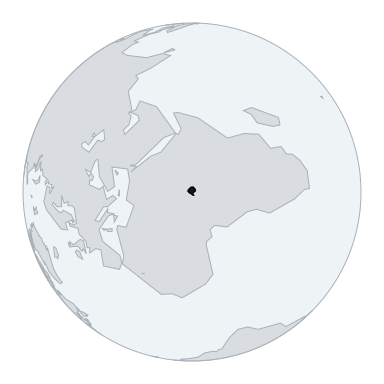 globe centered on Vakaga, rotated 264°
{"feature_id": "CAF-812", "entity_name": "Vakaga", "entity_type": "Prefecture", "adm_level": 1, "iso_a3": "CAF", "parent_name": "Central African Republic", "parent_adm1": "", "projection": "orthographic", "projection_center": [21.98, 9.792], "detail": "fine", "context": "on_globe", "style": "filled", "palette": "ink", "viewbox_px": 384, "rotation_deg": 264, "n_neighbors": 0, "source": "natural_earth", "source_scale": "10m", "svg_char_len": 9180}
<svg xmlns="http://www.w3.org/2000/svg" viewBox="0 0 384 384"><g transform="rotate(264 192 192)"><circle cx="192" cy="192" r="169" fill="#eef3f6" stroke="#a8b0b8"/><path d="M137.4,32.1L137.8,32.0L141.4,30.8L144.1,30.0L144.4,29.9L139.5,31.5L138.6,31.7L137.3,32.2L134.7,33.1L136.2,32.6L130.2,34.8L136.6,32.7L132.2,34.5L128.1,36.0L128.0,35.8L124.3,37.2L137.4,32.1ZM98.5,51.2L98.4,51.3L97.9,51.7L98.5,51.2ZM90.8,56.7L88.4,58.5L91.0,56.6L96.4,52.8L99.9,50.8L106.0,46.9L108.3,45.7L114.7,42.2L114.2,43.0L110.3,45.9L104.9,49.0L103.0,50.6L108.5,48.2L98.9,55.1L93.3,62.2L90.7,64.3L85.0,66.6L84.0,64.5L76.6,69.5L81.8,66.9L75.4,73.0L74.5,74.5L75.1,74.7L77.8,72.8L75.7,75.2L69.7,78.3L71.5,76.0L73.4,74.9L72.8,74.3L68.7,77.3L65.8,80.6L62.7,83.2L60.6,85.8L59.3,87.4L68.9,76.3L79.4,66.0L90.8,56.7ZM26.8,156.7L26.9,156.0L25.9,161.4L26.9,164.1L26.4,166.0L27.0,180.1L30.6,188.0L31.4,195.9L30.7,199.9L32.6,202.2L32.7,205.2L43.1,213.8L50.6,223.3L51.9,233.4L48.5,243.3L52.4,266.3L48.3,271.1L51.9,280.2L56.9,291.9L53.7,288.9L59.5,296.4L61.7,299.6L61.5,299.3L53.8,289.3L47.0,278.7L40.9,267.6L35.6,256.0L31.3,244.2L27.8,232.0L25.3,219.6L23.7,207.0L23.1,194.4L23.4,181.7L24.6,169.2L26.8,156.7ZM114.6,42.1L113.4,42.7L114.6,42.1ZM117.3,40.6L115.8,41.3L116.9,40.7L117.8,40.3L117.3,40.6ZM118.9,40.0L119.0,39.7L120.9,38.7L125.9,36.6L118.9,40.0ZM150.9,28.1L149.2,28.6L145.4,29.6L145.8,29.5L150.9,28.1ZM148.2,28.9L150.7,28.3L148.6,29.0L145.2,29.7L148.2,28.9ZM142.6,31.7L143.1,31.2L145.7,30.4L142.6,31.7ZM151.7,28.1L152.4,27.9L153.5,27.6L154.6,27.5L151.7,28.1ZM161.9,25.7L160.0,26.1L162.8,25.6L163.1,25.5L158.5,26.4L159.4,26.2L161.9,25.7ZM159.1,26.6L152.8,28.1L151.4,29.0L149.0,29.7L151.8,28.2L159.1,26.6ZM159.1,26.4L158.6,26.6L155.9,27.1L154.6,27.3L159.1,26.4ZM168.1,24.7L167.9,24.8L168.1,24.7ZM159.2,26.7L160.7,26.4L159.4,26.7L159.2,26.7ZM165.8,25.2L165.5,25.2L166.8,24.9L165.8,25.2ZM163.9,25.8L161.9,26.2L161.0,26.3L163.9,25.8ZM165.2,25.4L167.1,25.2L161.9,26.0L164.9,25.4L165.2,25.4ZM167.1,25.0L167.8,24.8L167.0,25.0L167.1,25.0ZM168.6,25.6L162.2,26.8L160.2,26.7L166.7,25.6L168.6,25.6ZM319.3,80.9L322.2,84.4L325.2,88.0L324.9,87.7L333.3,99.4L340.7,111.8L347.0,124.8L347.4,125.7L349.3,131.8L350.4,134.8L348.7,132.0L350.1,138.6L356.2,154.6L357.3,159.7L357.9,170.5L357.2,166.7L352.8,159.2L354.7,171.5L358.1,180.5L359.4,192.1L357.9,189.3L356.3,179.1L354.7,176.1L353.2,165.4L348.3,150.5L346.6,154.4L344.9,148.2L337.9,136.9L334.5,142.3L330.3,160.9L332.8,177.1L330.0,185.0L319.2,163.3L313.7,148.3L310.2,150.5L298.8,139.1L280.2,140.8L277.2,137.1L273.8,139.4L265.6,136.3L260.9,130.3L256.1,131.2L268.7,147.0L273.8,146.2L277.5,139.2L280.1,145.1L287.9,149.8L280.6,165.6L252.4,181.7L249.1,169.7L224.7,138.4L225.1,134.8L224.9,134.4L224.6,133.7L223.0,139.6L218.6,133.6L232.2,155.4L234.8,165.1L252.0,182.4L250.6,184.4L255.9,187.9L272.4,181.9L272.7,185.9L265.2,205.6L241.9,232.9L244.7,249.9L242.5,264.4L227.2,274.7L227.9,285.5L220.0,289.7L219.1,295.8L212.3,302.5L201.3,308.8L183.2,309.2L182.6,303.8L174.3,293.2L162.9,266.8L168.0,254.5L166.6,244.9L153.5,223.2L156.4,211.1L152.8,206.0L145.3,207.2L141.1,201.0L136.5,200.8L107.9,204.2L99.0,195.9L87.8,171.1L92.9,161.7L93.4,150.7L127.8,115.3L135.5,117.5L163.0,113.3L166.5,114.6L163.7,122.8L184.6,132.9L190.9,125.8L209.5,131.1L221.6,130.4L225.2,115.0L205.4,115.5L201.5,108.3L217.1,101.5L234.4,101.9L233.4,99.1L222.2,93.3L225.8,88.3L218.2,91.0L221.6,93.7L216.9,95.7L213.6,93.5L215.0,91.6L209.7,90.6L204.3,100.4L207.1,104.2L193.5,106.3L196.8,113.0L193.2,116.3L186.2,106.3L186.6,102.6L173.9,92.6L172.2,96.5L184.1,106.5L180.5,105.8L178.4,112.1L177.2,106.7L164.6,95.6L152.1,98.1L136.6,113.6L129.1,114.9L122.6,111.8L127.7,96.3L143.8,95.3L145.8,90.5L142.1,83.9L147.3,84.4L147.8,81.8L153.8,81.5L161.9,75.3L167.9,74.7L170.7,67.4L174.2,66.3L171.5,70.7L173.0,73.9L188.0,73.3L190.8,71.7L191.4,67.2L195.4,67.9L194.1,63.7L202.5,62.0L191.1,60.8L191.4,56.4L196.2,53.0L194.3,51.6L186.4,57.1L185.1,59.6L187.3,62.0L182.0,69.7L176.9,71.1L174.7,62.9L167.3,64.3L168.8,57.9L189.2,45.6L197.9,43.6L213.2,48.6L211.4,51.1L205.0,50.3L211.3,54.8L210.6,52.6L214.0,53.5L215.2,50.1L217.6,50.6L214.6,46.8L217.7,47.1L219.6,49.5L224.1,45.5L230.5,45.7L230.3,44.6L228.3,43.4L237.8,44.9L237.2,44.1L233.9,43.2L230.6,41.2L228.6,38.4L232.0,39.0L233.2,40.1L240.8,43.7L243.4,47.0L244.6,47.1L243.1,44.4L233.9,39.9L231.7,38.1L236.4,39.8L234.5,39.0L234.5,38.4L237.6,38.4L232.6,36.5L227.7,30.1L233.3,30.3L238.0,32.2L238.2,30.2L244.5,31.6L241.4,30.7L239.4,29.8L237.4,29.3L235.8,28.9L234.4,28.4L246.5,32.1L258.3,36.6L269.8,42.0L280.8,48.3L291.3,55.3L301.3,63.2L310.6,71.7L319.3,80.9ZM116.5,133.3L115.7,136.6L116.5,133.3ZM253.2,110.7L263.2,110.8L257.7,101.7L261.0,101.1L257.9,98.4L257.2,101.1L249.5,93.8L253.4,91.1L251.6,87.4L248.2,87.2L242.3,93.7L253.4,103.7L251.5,107.6L253.2,110.7ZM27.0,164.0L26.9,166.3L26.6,165.8L27.0,164.0ZM31.8,139.5L31.7,141.1L31.3,141.1L31.8,139.5ZM33.0,134.8L31.9,138.7L31.3,139.9L33.0,134.8ZM75.7,72.8L76.1,72.6L76.2,73.4L75.0,74.1L75.7,72.8ZM83.5,71.9L80.0,76.0L81.7,73.4L79.3,74.7L80.0,71.3L89.5,65.2L85.1,68.4L83.5,71.9ZM83.5,65.8L82.0,68.2L83.3,65.8L83.5,65.8ZM144.4,69.7L146.5,71.1L144.4,74.0L136.7,76.2L139.7,71.9L144.4,69.7ZM150.1,72.6L150.1,64.6L154.9,63.4L152.2,65.3L155.4,65.3L151.9,68.6L156.5,75.8L154.9,78.9L141.6,80.4L146.8,78.0L144.4,76.5L150.1,72.6ZM141.5,50.8L141.6,48.6L151.9,48.6L150.6,50.8L142.9,52.7L139.8,51.4L141.5,50.8ZM127.7,36.9L127.1,36.9L128.4,36.3L130.1,35.9L127.7,36.9ZM142.6,31.5L132.0,36.6L130.7,36.7L126.0,40.1L120.8,42.0L124.0,39.6L116.5,43.9L117.3,42.5L112.5,45.5L120.2,40.0L120.7,39.4L122.2,39.3L127.0,37.5L129.2,36.6L135.7,33.5L139.0,31.7L144.3,30.1L147.1,29.5L143.7,30.5L146.2,30.2L141.2,31.6L142.6,31.5ZM177.5,29.5L173.5,29.3L177.6,31.0L172.7,31.6L173.5,31.8L170.1,32.9L167.3,34.7L165.0,34.8L164.9,35.5L162.7,36.5L161.8,37.6L157.4,38.3L155.9,39.8L154.6,39.3L153.3,41.8L152.3,40.3L149.3,41.8L151.9,42.4L130.2,46.2L121.8,49.7L115.4,53.6L114.6,51.3L120.0,46.4L128.5,41.2L136.6,38.5L134.7,38.2L138.1,37.0L138.1,37.7L140.0,35.9L142.8,35.1L150.3,32.0L151.3,30.3L154.1,29.4L155.1,29.7L157.1,28.6L160.9,28.6L163.0,28.0L168.8,27.6L169.5,28.9L171.8,28.2L176.3,28.3L177.5,29.5ZM170.2,25.5L172.2,26.4L170.4,27.3L161.1,27.6L158.7,28.1L152.6,28.8L155.2,27.7L156.7,27.5L158.8,27.1L157.1,27.6L160.0,26.9L162.1,26.8L164.9,26.3L164.8,26.7L170.2,25.5ZM170.3,111.5L172.9,111.8L177.1,111.4L175.8,115.6L170.3,111.5ZM161.5,104.0L163.9,103.4L164.1,108.6L161.3,108.5L161.5,104.0ZM165.1,98.9L164.0,103.0L162.9,100.7L165.1,98.9ZM173.7,70.2L176.3,69.6L176.6,70.6L175.3,72.3L173.7,70.2ZM188.7,36.4L186.7,35.7L187.4,35.4L185.9,33.3L189.5,33.0L191.8,34.1L188.7,36.4ZM221.9,117.7L218.5,120.7L216.7,119.4L218.2,118.6L221.9,117.7ZM196.1,118.2L202.1,120.0L195.7,119.3L196.1,118.2ZM192.3,35.7L191.3,34.8L193.7,35.3L192.3,35.7ZM192.0,32.7L194.8,32.9L189.7,32.7L192.0,32.7ZM273.6,329.9L273.6,331.4L271.5,331.8L273.6,329.9ZM269.8,260.1L257.0,285.8L249.5,286.5L248.8,279.3L254.0,264.0L263.0,259.0L267.6,251.7L269.8,260.1ZM359.3,215.8L359.1,216.3L358.6,215.1L359.2,212.1L359.8,211.4L359.3,215.8ZM359.1,212.0L357.9,205.4L353.1,184.3L354.9,183.9L359.3,195.8L359.1,198.3L359.8,203.8L359.1,212.0ZM360.7,201.8L360.7,201.4L360.7,192.3L360.7,187.3L360.9,187.0L360.7,183.1L360.7,201.8ZM333.4,178.5L336.9,187.6L335.1,189.7L333.4,178.5ZM352.0,139.5L352.0,140.7L351.1,138.4L350.7,135.4L352.0,139.5ZM221.0,35.0L219.2,38.0L220.2,40.6L224.4,42.6L217.7,41.4L216.1,37.3L221.0,35.0ZM226.5,30.5L222.8,29.3L224.8,29.4L226.0,29.7L226.5,30.5ZM223.9,30.1L218.5,29.6L216.7,28.6L221.3,29.2L223.9,30.1ZM205.5,31.7L204.7,32.5L202.7,32.1L205.5,31.7ZM234.7,28.6L232.6,28.1L233.6,28.2L234.7,28.6ZM227.4,26.8L227.8,26.9L225.9,26.5L227.4,26.8ZM229.0,27.5L227.3,26.8L231.0,27.9L229.0,27.5Z" fill="#d9dde1" stroke="#a8b0b8" stroke-width="1"/><path d="M194.6,188.7L194.6,188.8L195.0,189.4L195.3,189.6L195.8,190.1L196.3,190.9L196.8,191.6L196.8,191.8L196.9,192.3L196.9,192.5L196.7,192.7L196.7,192.8L196.8,192.8L196.8,193.0L196.8,193.3L196.8,193.5L196.7,193.6L196.6,193.8L196.4,193.8L196.3,193.7L196.2,193.6L196.0,193.8L195.9,194.1L195.8,194.3L195.7,194.4L195.3,194.6L195.2,194.6L195.2,194.9L195.2,195.0L194.4,195.2L194.1,195.2L193.9,195.3L193.6,195.5L193.4,195.5L193.2,195.5L193.2,195.4L192.9,195.3L192.7,195.2L192.4,195.0L192.4,194.9L192.3,194.5L192.3,194.4L192.1,194.3L192.1,194.2L191.9,194.0L191.8,193.9L191.7,193.9L191.6,193.6L191.5,193.4L191.4,193.2L191.2,193.0L191.2,192.9L191.0,192.7L190.9,192.6L190.7,192.6L190.7,192.4L190.6,192.2L190.4,192.1L190.2,192.3L190.0,192.5L189.9,192.6L189.7,192.7L189.4,192.7L189.3,192.8L189.2,192.8L189.2,193.0L188.9,193.1L188.7,193.2L188.7,192.9L188.8,192.9L188.9,192.7L189.0,192.6L189.1,192.4L189.2,192.2L189.3,192.1L189.5,192.0L189.5,191.9L189.7,191.7L189.8,191.6L189.9,191.4L190.0,191.4L190.1,191.5L190.3,191.4L190.4,191.2L190.6,190.9L190.7,190.7L190.8,190.7L190.8,190.8L190.9,190.7L190.9,190.8L191.0,190.7L191.3,190.5L191.2,190.4L191.3,190.2L191.2,190.0L191.2,189.9L191.2,189.7L191.3,189.5L191.4,189.4L191.5,189.4L191.8,189.3L191.9,189.2L192.1,189.2L192.1,188.9L192.4,188.9L192.5,188.9L192.6,189.0L192.6,188.9L192.8,188.7L193.0,188.6L193.3,188.5L193.4,188.4L193.5,188.5L193.5,188.4L193.6,188.5L193.8,188.5L194.0,188.5L194.4,188.7L194.6,188.7Z" fill="#0f172a" stroke="#020617" stroke-width="1.5"/></g></svg>